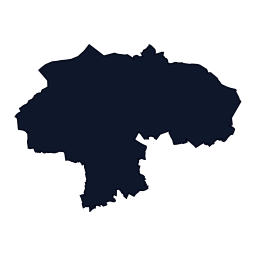 outline of Nnewi South, Anambra, Nigeria, rotated 180°
{"feature_id": "59680162B31350853830247", "entity_name": "Nnewi South", "entity_type": "district", "adm_level": 2, "iso_a3": "NGA", "parent_name": "Nigeria", "parent_adm1": "Anambra", "projection": "orthographic", "projection_center": [6.97, 5.966], "detail": "fine", "context": "isolated", "style": "filled", "palette": "ink", "viewbox_px": 256, "rotation_deg": 180, "n_neighbors": 0, "source": "geoboundaries", "source_scale": "gbopen_adm2", "svg_char_len": 5840}
<svg xmlns="http://www.w3.org/2000/svg" viewBox="0 0 256 256"><g transform="rotate(180 128 128)"><path d="M108.4,67.6L108.5,68.5L108.2,69.7L111.7,70.6L111.6,70.9L111.0,71.2L109.9,71.6L110.6,72.6L110.8,73.7L112.7,76.0L110.9,76.9L111.7,77.6L112.1,79.1L111.9,79.3L113.1,80.5L115.6,81.4L116.0,81.6L116.5,82.3L116.9,82.6L116.9,83.1L117.0,83.8L116.9,85.0L117.6,85.1L117.5,85.7L117.3,86.3L116.4,89.7L118.5,90.5L118.2,92.6L117.6,94.0L117.6,94.9L117.8,95.5L117.9,96.8L117.8,97.0L117.2,96.5L116.5,97.1L115.9,97.2L114.9,98.0L112.2,97.0L111.4,96.8L110.9,96.8L111.3,98.6L111.4,100.2L111.4,101.2L111.1,102.7L111.4,104.2L111.4,104.9L111.0,105.4L110.2,107.1L109.8,109.1L110.0,109.7L113.3,111.2L115.7,112.5L120.7,115.7L121.6,116.5L118.7,121.9L117.4,124.0L116.1,123.2L114.7,121.7L111.4,117.1L110.1,117.4L107.7,117.2L107.9,118.3L107.8,118.9L107.3,119.7L107.1,119.6L106.8,119.8L105.2,120.0L103.9,119.9L102.6,119.4L102.1,119.4L101.6,118.8L101.4,118.4L101.3,117.9L100.9,117.9L100.7,117.8L100.4,117.3L99.7,116.9L97.6,119.9L96.5,121.3L96.3,121.9L94.4,122.6L87.2,125.2L87.0,124.9L86.2,124.8L85.8,124.5L85.8,124.0L86.6,123.5L86.7,122.9L85.7,121.3L85.0,119.4L83.0,116.0L82.5,113.4L81.9,111.8L78.2,112.1L77.5,112.5L76.8,112.6L75.7,112.6L75.4,112.7L74.5,113.4L73.2,112.7L70.4,113.5L69.1,114.1L69.7,116.8L67.4,115.3L66.4,114.8L63.5,112.1L62.7,111.6L60.8,109.7L60.1,108.8L55.7,111.7L52.2,113.7L51.6,112.7L50.8,111.8L49.4,112.1L49.2,111.5L48.5,111.9L48.2,111.7L47.3,111.9L47.1,111.2L47.1,110.7L46.9,110.4L46.6,110.0L43.6,112.7L43.2,112.2L42.9,112.2L42.3,112.6L42.8,113.5L38.8,117.1L38.7,116.7L37.9,116.9L37.9,116.7L37.3,116.6L37.0,116.4L36.8,116.1L36.3,116.0L36.0,116.0L35.6,116.3L35.7,116.6L35.5,116.8L34.3,117.1L33.8,117.1L34.0,115.5L33.2,115.0L31.9,114.7L30.2,116.1L28.7,118.4L25.4,121.8L23.5,121.8L23.0,123.1L22.3,124.6L21.7,126.2L21.8,127.2L23.4,128.5L24.6,129.2L26.1,130.3L24.0,131.5L24.8,138.1L15.4,154.5L16.8,156.1L17.2,157.3L17.4,158.2L20.8,164.9L20.0,165.7L20.8,166.4L26.0,167.6L29.9,169.0L34.9,171.4L36.2,173.5L38.1,175.7L38.8,177.5L45.5,183.1L48.1,182.8L49.5,186.4L56.4,190.7L58.6,191.3L63.9,191.7L66.4,191.4L69.9,191.9L72.8,192.3L74.2,193.1L75.1,192.8L78.3,192.9L80.1,193.4L81.1,193.3L84.8,192.0L87.8,192.5L88.2,193.0L88.9,196.2L89.9,197.3L91.2,197.6L92.1,199.1L92.7,199.7L93.5,199.6L92.9,202.6L92.7,203.4L94.1,203.5L98.6,202.0L100.7,201.7L101.1,202.9L100.8,204.3L101.3,206.4L104.5,209.6L105.7,210.5L106.6,210.9L106.7,210.3L109.8,206.8L112.4,205.5L112.5,204.4L113.2,203.8L113.9,202.7L114.6,202.7L113.5,200.5L113.4,199.3L113.6,198.8L114.7,199.1L115.7,199.1L116.3,199.0L117.2,199.1L117.9,199.8L118.7,200.3L119.8,200.4L122.1,199.5L122.5,197.2L128.7,201.1L131.0,200.7L138.1,201.5L141.4,202.6L152.2,199.8L166.8,211.0L170.3,206.4L172.0,204.4L174.0,202.7L177.7,199.3L184.8,196.4L191.1,195.5L194.8,195.2L198.5,194.5L203.8,193.9L210.2,191.2L213.6,188.6L216.9,185.8L208.1,175.6L207.9,168.7L209.0,168.4L210.6,167.4L213.3,166.2L213.9,165.5L214.3,164.6L214.5,163.6L215.1,163.0L215.6,162.8L217.4,162.7L219.0,162.1L219.9,161.2L221.4,160.2L222.0,158.6L223.7,156.7L224.3,156.2L225.3,156.0L225.8,155.7L226.7,155.3L227.3,154.7L227.6,153.5L228.4,152.4L229.1,151.8L229.8,151.4L230.8,151.1L231.5,150.7L232.0,150.4L233.4,149.6L234.5,148.5L235.1,148.1L236.2,147.6L235.6,146.8L235.5,146.5L235.7,146.4L235.1,145.5L234.6,144.7L235.1,144.1L236.0,143.5L237.5,142.8L238.6,141.8L239.5,141.0L239.4,140.6L240.4,139.8L240.6,139.3L239.7,139.0L238.9,138.7L239.1,138.5L239.0,138.2L238.5,137.6L238.1,135.0L238.0,132.7L237.7,130.9L237.7,129.7L237.5,127.6L237.2,126.7L236.1,126.7L233.5,126.3L231.4,125.6L230.4,125.0L229.6,124.3L228.6,123.0L228.1,123.7L227.9,120.2L227.8,117.8L228.0,115.9L228.2,115.2L228.3,115.0L228.1,112.4L227.6,109.3L227.6,108.0L225.5,107.6L224.5,107.9L223.2,108.0L222.2,108.5L221.0,105.2L220.8,104.7L220.2,104.1L219.9,104.2L219.8,104.4L219.4,104.6L219.2,104.6L218.6,103.9L218.0,104.5L216.6,103.7L215.8,103.7L215.7,104.1L215.8,105.3L213.7,104.4L212.6,103.7L212.3,103.6L212.1,103.3L211.2,103.3L209.9,103.7L209.2,104.7L208.4,103.7L208.0,103.6L206.3,103.9L206.1,103.7L204.9,103.8L203.8,103.6L202.8,103.6L202.4,103.4L200.7,103.5L199.5,103.9L198.4,104.2L196.9,105.0L194.6,104.7L193.5,104.8L192.6,104.7L192.4,105.0L191.0,102.8L190.0,96.0L188.5,96.3L187.0,95.9L186.1,95.9L185.4,95.4L184.2,94.8L183.4,94.6L183.0,94.6L181.4,93.9L180.2,93.6L178.9,94.4L177.7,94.8L177.4,94.3L177.0,94.6L176.7,95.0L175.5,94.3L174.9,93.6L174.0,92.1L173.7,91.4L172.7,92.1L172.1,92.9L171.3,90.8L171.2,88.2L170.6,86.9L170.4,85.3L169.4,82.7L170.2,82.2L169.8,79.7L169.0,77.1L169.1,75.7L169.4,75.5L169.4,75.0L169.3,74.8L169.3,74.5L169.6,73.1L170.4,73.2L170.1,72.1L169.9,70.8L170.1,70.4L170.6,70.3L170.5,69.7L170.6,69.0L170.3,68.5L170.2,67.7L170.6,66.6L170.9,65.6L171.3,64.8L171.6,63.3L170.7,60.8L171.7,61.1L173.0,61.1L175.5,60.3L174.4,58.0L173.7,55.2L172.9,53.8L172.8,53.2L173.1,52.8L173.5,52.6L173.5,51.8L172.6,48.5L170.3,49.8L168.9,49.5L166.6,50.1L166.6,49.3L166.0,47.3L166.1,45.0L165.8,45.0L165.5,45.2L164.4,46.8L162.9,47.5L162.6,48.6L161.0,48.1L160.7,49.4L160.7,49.9L161.0,50.5L160.6,50.8L159.9,51.0L159.0,50.8L157.8,50.9L157.0,50.4L156.4,50.2L156.7,51.0L155.2,51.5L154.3,52.0L153.5,51.0L152.6,50.2L152.3,50.5L151.2,50.6L150.0,51.1L149.5,51.4L149.7,51.7L150.1,53.2L150.1,54.3L149.1,54.4L147.7,54.9L146.4,55.2L144.6,55.0L143.0,54.5L142.5,54.5L141.3,54.6L140.8,55.2L141.0,55.9L142.1,57.3L143.0,57.7L143.3,58.0L143.4,58.6L143.3,59.3L143.1,60.0L143.4,60.9L142.9,61.2L142.5,61.1L141.5,61.6L141.3,61.5L140.3,60.7L139.9,60.6L139.8,66.6L137.1,67.0L136.4,67.2L135.9,65.8L134.7,64.7L134.6,64.4L134.2,63.4L134.0,63.2L133.7,63.5L132.8,62.7L132.9,62.4L132.4,62.1L132.3,61.8L131.4,60.7L132.0,60.1L131.6,59.8L131.1,59.2L129.6,58.0L129.2,59.3L128.7,60.1L127.5,63.0L122.0,60.0L120.4,62.4L118.6,63.6L117.1,65.2L116.0,65.7L114.8,65.8L113.1,65.6L111.2,66.1L108.4,67.6Z" fill="#0f172a" stroke="#020617" stroke-width="1.5"/></g></svg>